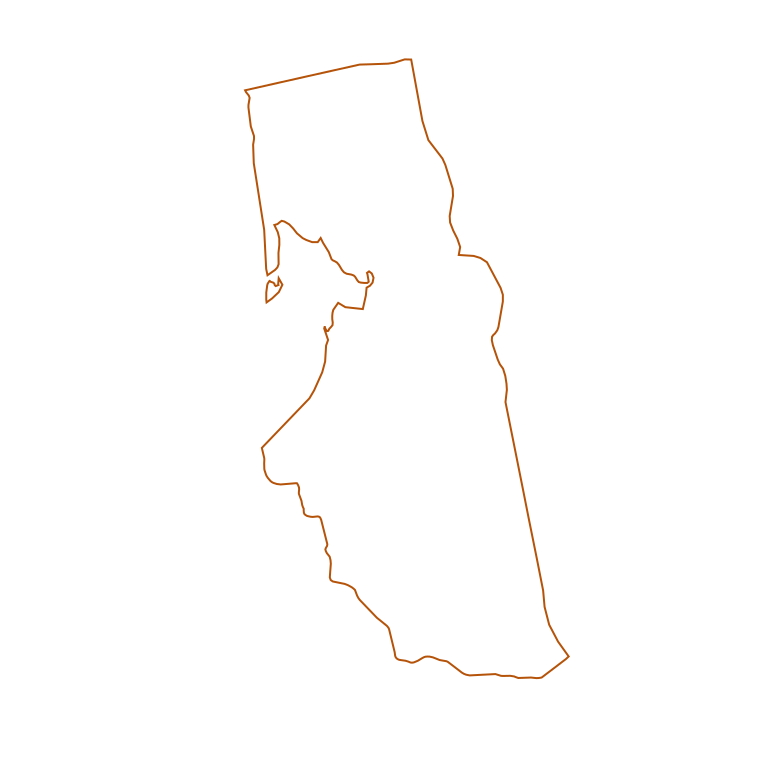 the Province of Maputo, rotated 169°
{"feature_id": "MOZ-1927", "entity_name": "Maputo", "entity_type": "Province", "adm_level": 1, "iso_a3": "MOZ", "parent_name": "Mozambique", "parent_adm1": "", "projection": "mercator", "projection_center": [32.628, -25.536], "detail": "fine", "context": "isolated", "style": "outline", "palette": "amber", "viewbox_px": 768, "rotation_deg": 169, "n_neighbors": 0, "source": "natural_earth", "source_scale": "10m", "svg_char_len": 3266}
<svg xmlns="http://www.w3.org/2000/svg" viewBox="0 0 768 768"><g transform="rotate(169 384 384)"><path d="M295.4,697.3L296.1,634.8L293.9,614.9L283.6,594.2L282.0,587.4L279.3,562.5L280.4,555.4L287.5,536.3L288.3,529.9L286.8,521.5L284.3,512.6L283.1,503.9L286.0,496.4L271.5,492.6L265.3,489.3L259.7,483.9L251.2,456.1L250.3,448.9L251.6,442.3L260.8,418.1L262.5,415.2L265.3,412.5L267.4,411.2L268.9,409.8L269.8,406.5L269.7,401.3L267.7,386.3L266.5,381.2L264.2,376.3L263.4,368.8L263.7,360.9L264.5,354.8L268.2,343.1L267.9,291.0L267.7,252.9L267.6,224.4L267.3,184.2L267.2,150.9L268.9,134.6L267.8,116.2L262.3,97.9L254.7,81.3L258.1,79.2L285.2,65.8L286.8,65.8L288.5,65.9L290.5,66.2L295.7,67.8L308.3,69.8L311.0,71.4L312.0,72.1L315.9,73.5L322.9,74.7L324.8,75.2L330.0,78.0L355.5,81.6L358.9,83.0L360.9,84.3L362.6,85.8L374.3,99.0L375.5,99.9L382.0,102.4L388.1,106.3L391.3,107.7L393.5,108.2L395.4,108.4L396.9,108.2L398.3,107.8L403.5,105.9L407.9,105.0L409.7,105.1L411.0,105.5L412.0,106.1L413.0,106.8L415.6,108.2L421.1,110.1L422.3,110.7L423.6,111.8L424.4,113.0L424.8,114.1L424.9,115.2L424.7,118.8L425.8,142.4L426.1,143.7L426.7,144.9L427.3,146.0L435.6,155.9L448.9,176.5L450.0,178.8L450.8,181.5L451.8,187.4L452.9,188.9L454.5,190.7L457.9,193.5L460.8,195.3L471.9,199.9L473.7,201.7L474.1,204.5L470.5,217.7L470.1,221.3L470.3,224.9L472.4,228.9L473.0,231.2L473.1,232.9L472.5,233.9L471.8,234.8L471.0,235.6L470.5,236.6L470.2,237.6L471.6,262.8L472.2,265.2L473.2,266.2L474.5,266.7L479.3,267.1L481.4,267.7L484.6,269.1L486.1,270.4L487.0,271.7L487.2,273.1L486.9,275.7L486.6,276.7L486.8,277.6L487.1,278.7L487.4,280.9L487.3,285.1L488.5,292.4L488.3,293.7L487.4,296.8L487.3,297.6L487.2,298.7L487.6,301.0L488.3,303.1L489.2,303.4L504.6,305.1L508.3,306.3L511.4,308.0L512.9,309.2L513.9,310.4L515.8,313.7L516.8,316.1L517.1,317.4L517.7,321.9L517.7,323.4L516.8,328.8L515.9,332.6L515.7,334.0L516.1,344.6L459.9,384.2L453.8,391.1L442.4,407.3L437.5,417.3L433.5,432.8L430.5,437.9L432.1,449.9L431.1,452.0L431.2,450.6L430.8,448.9L429.9,446.8L428.6,446.8L427.1,448.7L425.1,450.1L423.3,451.6L422.6,454.1L422.4,457.6L421.8,460.8L420.9,463.8L419.6,466.5L413.5,472.4L407.3,466.8L390.5,461.6L384.9,474.4L382.7,481.9L379.1,483.1L375.9,485.7L374.0,490.3L374.9,494.8L377.2,497.4L379.5,496.3L379.3,495.1L379.5,487.3L381.0,486.4L384.2,487.0L387.5,488.0L389.3,488.9L390.4,490.8L391.9,494.8L393.0,496.3L395.1,497.6L399.7,499.4L402.0,501.3L403.5,504.0L405.5,509.5L407.0,512.2L408.9,513.9L410.6,515.1L411.7,516.5L413.0,523.9L416.9,534.2L418.3,539.4L422.0,535.9L427.5,537.0L432.8,540.2L436.0,542.7L440.7,548.5L443.5,554.0L446.6,558.8L450.8,562.5L453.3,563.7L455.5,562.7L458.1,561.3L461.3,561.0L459.3,553.3L459.0,547.0L460.2,540.5L462.6,532.8L464.6,521.7L466.4,518.8L469.1,516.8L477.6,513.0L477.7,519.5L472.2,558.2L469.7,625.6L466.8,643.9L464.8,649.4L464.3,652.2L465.6,662.2L464.3,681.4L463.8,683.8L461.3,690.5L461.7,693.0L463.6,696.5L464.3,698.8L430.8,699.8L400.3,700.7L372.3,701.5L347.0,702.2L334.8,700.2L319.0,697.7L312.7,697.4L301.7,698.7L295.4,697.3ZM467.2,507.9L464.8,500.8L469.7,494.3L477.6,489.3L483.7,486.5L483.5,489.2L482.1,496.3L479.8,503.2L479.1,504.6L477.0,506.8L476.5,507.0L475.8,506.0L473.3,504.6L472.5,503.5L472.4,501.9L471.6,500.8L468.7,501.3L468.8,502.3L467.2,507.9Z" fill="none" stroke="#b45309" stroke-width="2"/></g></svg>